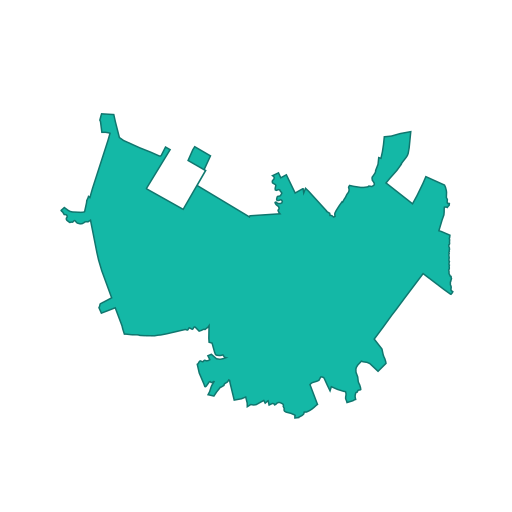 Podu Iloaiei, Iasi, Romania (orthographic projection), rotated 11°
{"feature_id": "2599482B47380888133055", "entity_name": "Podu Iloaiei", "entity_type": "district", "adm_level": 2, "iso_a3": "ROU", "parent_name": "Romania", "parent_adm1": "Iasi", "projection": "orthographic", "projection_center": [27.271, 47.215], "detail": "fine", "context": "isolated", "style": "filled", "palette": "teal", "viewbox_px": 512, "rotation_deg": 11, "n_neighbors": 0, "source": "geoboundaries", "source_scale": "gbopen_adm2", "svg_char_len": 6113}
<svg xmlns="http://www.w3.org/2000/svg" viewBox="0 0 512 512"><g transform="rotate(11 256 256)"><path d="M115.1,341.6L127.7,333.7L137.8,350.1L139.1,353.0L141.7,357.8L143.1,357.5L149.1,357.0L155.2,355.9L157.2,356.1L161.6,355.5L171.6,353.7L175.0,352.4L177.5,351.7L183.2,349.4L200.6,341.6L202.6,341.8L203.1,341.6L203.9,339.5L204.2,339.2L207.4,340.1L208.0,339.6L208.6,337.9L209.1,337.4L209.8,337.4L210.3,337.7L214.5,340.6L216.8,339.3L218.0,338.3L219.0,337.8L219.9,337.9L220.2,337.7L220.8,336.8L222.3,335.3L223.2,333.3L225.4,345.8L226.4,349.6L229.5,349.9L233.7,358.3L235.1,360.5L236.3,360.9L239.1,360.7L240.5,360.3L242.4,359.4L244.0,361.0L245.1,361.6L245.8,361.6L243.5,363.0L240.4,364.3L236.8,364.4L230.9,361.0L227.8,363.1L230.5,366.6L229.0,367.8L227.4,368.4L225.6,368.1L224.9,368.6L224.3,369.7L223.8,370.0L221.3,369.6L221.0,369.8L220.4,370.7L219.7,372.8L219.0,373.5L222.6,381.7L229.3,391.6L230.6,393.8L231.0,394.0L231.4,393.9L232.0,393.2L234.2,388.4L235.0,388.0L236.0,388.7L236.6,388.7L237.2,388.4L238.5,387.2L238.8,387.3L237.3,391.5L236.9,393.5L236.4,397.9L235.4,401.3L241.4,401.5L243.4,396.7L245.6,392.6L246.0,391.6L246.6,391.5L249.2,389.2L249.3,387.8L250.1,386.8L251.8,385.3L252.6,383.9L252.9,382.8L253.8,383.1L255.0,386.1L262.1,401.6L269.0,398.9L272.8,396.4L275.4,402.0L276.2,405.6L279.2,402.8L282.1,402.7L284.5,401.9L291.2,396.3L293.1,398.7L295.1,396.1L295.5,395.8L297.3,399.8L300.1,397.7L300.5,397.6L301.8,397.6L302.7,398.6L303.7,397.9L304.6,396.5L305.3,395.9L306.3,395.4L307.6,395.3L310.2,396.0L311.0,396.5L311.4,397.3L311.4,398.4L312.8,400.3L312.9,401.7L313.2,402.4L313.7,402.9L315.3,403.5L320.4,403.8L324.4,404.7L324.9,405.1L324.7,405.7L325.1,407.6L328.9,406.4L329.0,405.8L329.3,405.5L329.9,405.2L331.6,403.8L332.8,402.3L333.0,401.9L333.1,400.0L335.4,399.5L338.1,397.5L340.1,395.6L341.8,393.6L344.0,390.6L344.7,390.0L333.5,371.9L334.6,370.3L335.7,369.4L339.7,367.3L341.5,366.0L342.6,362.5L343.2,362.2L344.8,362.2L345.8,362.6L346.3,363.1L350.5,369.0L354.4,374.2L354.9,369.9L361.4,371.4L367.8,372.1L369.8,372.1L370.7,374.1L370.9,375.6L370.9,377.3L371.2,378.9L372.6,381.1L373.3,382.5L378.7,379.6L380.3,378.2L381.2,377.8L380.2,375.5L380.0,374.4L379.9,373.3L380.1,371.2L380.6,370.6L381.4,370.2L381.6,368.9L382.0,368.2L383.9,367.5L384.3,367.1L383.8,365.5L382.4,362.8L381.1,361.1L380.3,359.7L378.9,355.3L376.3,351.0L375.6,347.8L375.8,346.0L376.8,343.4L379.6,339.1L381.1,339.4L385.3,339.2L388.3,339.9L397.8,345.9L404.1,336.6L403.4,334.8L402.0,332.2L400.8,330.6L399.6,328.5L397.4,323.3L387.9,315.0L394.5,301.3L400.6,288.1L403.7,282.0L410.2,268.4L423.4,241.4L447.3,253.2L454.1,256.3L454.7,256.4L455.8,254.5L456.0,253.4L454.4,252.8L454.0,252.3L453.6,250.8L453.7,250.0L453.3,249.0L453.3,248.5L452.3,247.2L452.0,245.6L451.8,245.0L451.9,244.3L451.8,243.7L452.1,243.3L452.0,243.0L452.2,240.8L451.7,240.1L451.5,239.1L451.2,238.7L450.5,238.7L448.7,236.2L448.6,234.9L447.8,232.8L448.2,231.8L447.9,230.3L447.5,229.2L447.6,228.0L447.1,227.6L446.9,227.1L446.9,225.5L446.7,225.1L446.9,224.4L446.2,223.6L446.0,222.2L446.1,221.9L445.9,221.3L446.0,220.9L445.0,218.0L445.2,216.7L444.6,215.7L444.9,214.6L444.5,213.3L444.7,212.6L444.1,210.7L443.5,210.0L443.1,208.3L443.5,208.0L443.7,207.1L443.2,205.1L443.0,203.3L442.4,201.8L442.6,200.3L442.4,199.7L442.4,198.6L433.3,196.6L430.7,196.3L431.8,185.1L432.6,179.8L432.3,177.0L431.7,173.7L431.6,172.1L433.5,171.6L434.5,171.9L435.2,170.4L435.9,169.5L435.9,168.8L435.8,168.3L435.9,167.8L435.6,167.5L435.2,167.5L435.0,167.9L434.4,168.0L433.6,167.3L433.3,166.3L433.1,164.2L432.9,163.8L431.7,162.3L430.9,157.2L430.4,155.6L428.9,152.4L427.5,150.4L407.6,145.7L406.0,153.0L402.6,165.8L399.7,174.9L369.7,159.5L372.4,154.5L377.9,145.2L381.0,138.5L381.1,138.2L380.9,138.1L381.8,136.0L384.6,130.5L385.4,128.5L385.8,126.3L385.7,120.6L384.2,104.4L374.2,108.3L365.9,112.5L359.2,114.5L359.9,122.4L360.2,129.6L360.0,136.3L357.7,136.0L358.3,142.7L357.1,149.3L357.3,150.2L357.0,151.9L355.8,154.8L355.1,156.1L355.0,157.3L355.8,159.6L356.8,160.4L358.1,161.9L358.5,163.3L358.1,164.2L356.5,165.7L353.4,165.8L352.6,166.8L348.4,168.2L345.8,168.7L338.5,169.0L334.4,168.9L333.9,170.2L333.8,171.0L334.6,172.6L334.8,173.7L334.8,174.9L334.5,176.0L333.5,178.1L332.6,181.4L331.8,183.3L330.7,186.7L330.1,186.4L328.1,190.8L326.0,196.2L325.3,198.8L325.3,199.8L326.0,202.1L324.7,203.0L322.9,202.0L321.3,201.8L320.9,202.0L320.2,200.0L316.8,198.8L316.8,198.4L295.3,182.4L291.7,180.1L290.8,185.0L289.4,181.0L289.0,181.1L282.4,186.7L270.3,170.5L265.4,174.5L262.2,170.1L256.9,174.0L258.0,174.5L259.0,175.5L258.9,177.1L257.8,178.9L257.8,180.1L258.3,181.1L261.3,182.2L262.0,182.8L261.9,186.0L262.3,187.4L263.4,187.7L265.5,186.5L266.7,186.6L267.4,187.6L269.0,188.9L269.3,189.3L269.3,189.7L268.5,192.1L267.5,192.8L266.0,193.3L265.7,193.6L265.5,194.1L265.4,196.0L265.5,196.7L265.9,197.2L266.2,197.4L267.0,197.4L268.0,197.0L269.4,196.1L270.5,196.3L271.4,197.4L271.4,198.0L271.2,198.9L270.5,199.5L269.6,199.9L267.4,200.3L265.5,199.3L264.8,199.4L264.5,199.8L265.0,200.8L266.2,201.9L268.7,203.2L269.6,204.7L269.5,205.5L269.0,206.6L269.0,207.3L270.3,209.0L271.5,210.0L242.7,217.6L242.3,217.8L242.1,218.9L184.7,198.0L190.3,181.7L188.6,181.1L192.2,166.4L175.0,160.4L173.7,163.8L171.1,175.2L189.7,181.6L190.1,181.9L175.6,224.1L135.9,211.0L135.6,210.7L135.7,210.2L151.4,168.0L146.4,166.3L143.8,175.4L143.2,176.1L142.1,176.3L132.5,174.1L121.3,172.0L104.0,167.9L99.3,165.8L92.4,151.2L89.4,144.3L77.3,145.9L77.1,147.7L76.8,152.4L77.7,153.7L81.1,164.0L84.5,163.3L87.7,163.2L89.3,163.4L88.6,171.2L82.6,220.9L81.8,230.3L80.2,229.5L80.1,230.5L79.3,233.9L79.5,236.2L79.3,245.1L78.8,245.6L77.6,246.1L75.6,246.6L67.4,247.8L65.0,247.7L63.0,247.1L58.6,245.0L56.0,248.4L56.5,249.0L57.9,249.8L59.8,251.9L61.7,251.7L62.2,251.9L62.8,252.5L63.2,253.6L63.1,254.1L62.6,255.1L62.9,256.3L63.6,257.1L66.6,258.6L67.0,258.6L68.2,257.9L69.1,257.9L69.6,257.7L70.5,256.3L71.2,255.8L72.0,256.1L73.5,257.4L74.6,257.8L77.2,258.0L78.6,257.6L79.2,257.4L80.9,256.0L81.2,255.5L82.4,254.8L84.6,254.5L86.7,252.4L99.2,283.1L102.2,289.9L107.4,299.9L122.3,324.6L112.3,332.6L112.1,333.7L112.1,335.1L111.7,336.7L115.1,341.6Z" fill="#14b8a6" stroke="#0f766e" stroke-width="1.5"/></g></svg>